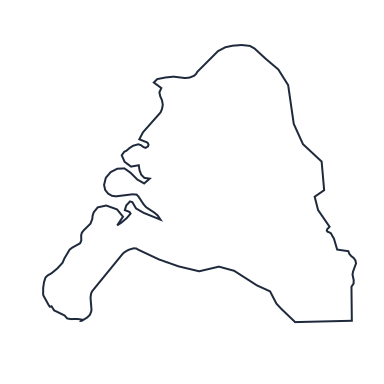 the Prefecture of Boffa, rotated 85°
{"feature_id": "GIN-5628", "entity_name": "Boffa", "entity_type": "Prefecture", "adm_level": 1, "iso_a3": "GIN", "parent_name": "Guinea", "parent_adm1": "", "projection": "natural_earth1", "projection_center": [-14.034, 10.295], "detail": "fine", "context": "isolated", "style": "outline", "palette": "slate", "viewbox_px": 384, "rotation_deg": 85, "n_neighbors": 0, "source": "natural_earth", "source_scale": "10m", "svg_char_len": 2142}
<svg xmlns="http://www.w3.org/2000/svg" viewBox="0 0 384 384"><g transform="rotate(85 192 192)"><path d="M310.7,313.6L309.6,312.6L308.5,317.3L308.0,324.0L307.1,327.4L303.9,329.7L297.9,339.7L293.6,341.9L294.0,343.4L292.7,344.4L282.1,349.1L280.8,349.2L274.5,348.6L269.0,347.3L264.4,345.4L262.5,343.0L260.7,339.0L256.5,332.9L251.3,327.2L246.9,324.8L238.7,318.9L237.0,316.2L233.3,307.9L230.6,306.5L225.5,306.2L223.0,305.3L220.7,303.2L214.7,295.9L210.2,293.7L207.0,293.1L203.7,291.7L199.1,287.3L198.0,278.6L202.8,268.2L210.6,262.9L218.7,269.4L216.4,265.1L212.3,259.3L208.2,255.1L206.4,256.0L204.2,260.5L199.6,258.6L196.0,254.6L196.9,252.3L203.5,249.2L208.6,241.9L216.8,225.8L212.4,228.2L209.2,231.4L203.2,239.0L199.9,241.4L191.7,245.8L189.7,247.5L189.1,251.8L189.7,268.1L188.8,272.1L186.3,275.7L182.4,278.3L177.3,279.0L170.3,276.6L165.1,271.3L162.3,264.4L162.6,257.3L167.4,251.6L174.9,245.3L179.3,238.9L175.0,233.0L173.8,238.2L170.3,241.1L165.7,242.4L160.7,242.7L161.4,250.5L156.1,256.5L149.3,258.8L146.0,256.0L145.1,253.6L142.9,250.6L140.8,246.7L139.8,241.4L140.8,238.9L142.8,236.7L144.0,234.5L142.8,231.9L141.2,231.2L139.5,231.7L138.3,232.9L137.8,234.2L134.9,239.9L128.2,235.6L110.0,216.4L106.8,214.7L102.6,213.5L98.0,213.9L93.9,215.3L89.9,215.8L85.8,213.5L79.6,220.5L76.5,216.8L75.6,208.2L75.5,200.3L77.9,188.9L77.8,184.4L76.4,179.8L74.7,177.6L72.7,176.2L53.9,153.8L50.7,146.1L49.8,138.7L49.9,129.7L51.5,121.6L54.5,117.2L65.7,107.0L77.5,95.3L93.9,86.9L133.0,84.7L154.0,77.3L173.0,60.2L201.7,60.2L207.4,70.2L220.9,68.0L238.6,58.0L240.8,60.5L242.3,61.1L243.4,60.4L244.2,58.7L245.3,57.2L249.2,55.5L250.6,54.7L262.0,52.4L264.6,41.4L267.4,40.6L269.7,39.0L271.8,36.7L274.3,35.2L277.4,34.8L285.3,38.5L288.3,39.3L293.9,38.6L297.3,39.0L300.3,41.4L334.2,44.0L330.6,100.6L316.0,113.4L310.6,117.6L297.8,122.9L290.6,135.6L274.2,156.8L268.7,171.7L271.6,191.8L264.9,211.9L256.3,230.8L244.7,250.7L243.4,252.5L243.0,255.0L243.9,259.5L244.8,261.9L246.0,264.3L247.4,266.3L281.9,299.9L283.4,300.9L284.9,301.5L288.5,302.3L300.4,302.4L302.2,302.8L305.3,304.3L307.8,307.2L310.7,313.0L310.7,313.6L310.7,313.6Z" fill="none" stroke="#1e293b" stroke-width="2"/></g></svg>